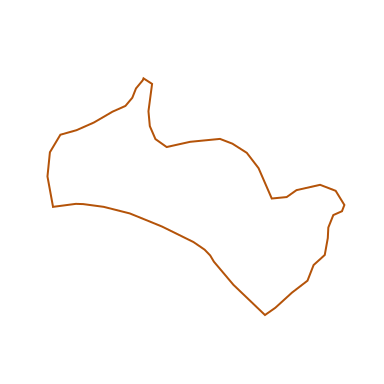 the district of Junghwa, P'yŏngyang, North Korea, rotated 21°
{"feature_id": "82179303B90038198338897", "entity_name": "Junghwa", "entity_type": "district", "adm_level": 2, "iso_a3": "PRK", "parent_name": "North Korea", "parent_adm1": "P'yŏngyang", "projection": "robinson", "projection_center": [125.791, 38.876], "detail": "fine", "context": "isolated", "style": "outline", "palette": "amber", "viewbox_px": 384, "rotation_deg": 21, "n_neighbors": 0, "source": "geoboundaries", "source_scale": "gbopen_adm2", "svg_char_len": 766}
<svg xmlns="http://www.w3.org/2000/svg" viewBox="0 0 384 384"><g transform="rotate(21 192 192)"><path d="M304.2,280.7L311.3,270.2L321.4,250.1L331.6,233.4L331.7,216.6L338.5,203.2L335.3,186.4L332.0,176.3L332.2,162.9L338.9,156.2L338.9,149.5L325.7,139.4L309.0,139.4L288.9,152.8L282.2,162.8L268.8,169.5L245.6,145.9L229.1,135.8L212.4,132.4L199.1,132.4L185.7,139.1L172.3,145.8L152.2,159.1L138.9,155.7L129.0,145.6L122.4,132.2L116.0,105.4L106.0,103.3L106.0,105.3L102.6,115.4L102.5,125.4L99.0,135.5L89.0,145.5L75.5,162.3L62.0,175.7L48.6,185.7L45.1,205.8L51.5,229.3L67.6,255.7L67.9,255.5L87.8,244.7L94.7,242.3L114.9,237.5L141.6,234.3L176.3,235.0L211.3,238.2L224.4,241.3L231.7,244.7L237.4,249.2L263.9,263.8L304.2,280.7Z" fill="none" stroke="#b45309" stroke-width="2"/></g></svg>